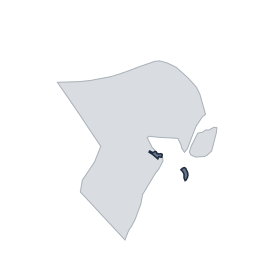 location of Al Asimah within Kuwait, rotated 48°
{"feature_id": "KWT-1663", "entity_name": "Al Asimah", "entity_type": "Province", "adm_level": 1, "iso_a3": "KWT", "parent_name": "Kuwait", "parent_adm1": "", "projection": "robinson", "projection_center": [48.15, 29.392], "detail": "fine", "context": "in_parent", "style": "filled", "palette": "slate", "viewbox_px": 256, "rotation_deg": 48, "n_neighbors": 0, "source": "natural_earth", "source_scale": "10m", "svg_char_len": 1424}
<svg xmlns="http://www.w3.org/2000/svg" viewBox="0 0 256 256"><g transform="rotate(48 128 128)"><path d="M209.2,205.2L194.4,205.4L175.8,205.7L160.7,205.9L143.6,206.2L136.1,196.7L133.6,186.3L130.9,175.7L123.4,160.5L98.4,156.9L85.1,154.9L63.2,152.0L46.8,149.9L60.6,133.6L67.1,124.8L78.7,105.8L84.7,92.3L90.5,77.3L95.5,65.6L96.5,63.4L99.4,59.5L105.8,55.4L115.0,51.6L130.5,49.9L141.4,49.8L143.9,50.0L150.8,51.9L169.8,61.3L169.4,65.0L172.1,76.0L178.1,88.0L183.1,97.7L183.8,102.3L179.2,101.6L175.7,99.8L169.0,97.9L156.1,110.8L148.3,117.8L148.0,120.2L158.4,123.0L166.1,122.9L171.4,121.0L175.9,124.0L178.9,132.0L180.1,138.4L187.2,161.6L193.1,169.4L200.4,183.2L203.1,190.3L204.7,196.3L209.2,205.2ZM194.9,97.1L190.1,99.3L186.8,98.4L183.7,93.0L178.5,79.7L181.3,74.7L181.2,72.5L181.8,70.9L183.4,69.9L185.0,63.6L187.3,61.7L190.9,65.9L201.1,81.3L201.1,87.6L200.4,90.1L194.9,97.1Z" fill="#d9dde1" stroke="#a8b0b8" stroke-width="1"/><path d="M200.3,113.3L201.6,113.8L202.3,114.4L203.3,115.2L203.9,116.1L204.6,117.0L205.5,119.8L205.3,120.8L204.1,120.3L203.2,120.1L202.4,119.6L200.1,117.5L198.5,116.8L196.2,116.5L194.4,116.6L194.5,113.9L195.4,112.4L196.9,112.2L200.3,113.3ZM159.6,127.2L161.1,126.7L163.0,126.0L163.5,123.6L164.8,123.0L166.4,123.6L168.1,122.3L169.0,120.8L170.4,120.2L171.0,120.7L172.3,122.6L169.9,124.4L170.9,126.5L163.9,127.4L160.1,128.5L159.6,127.5L159.6,127.2Z" fill="#64748b" stroke="#1e293b" stroke-width="1.5"/></g></svg>